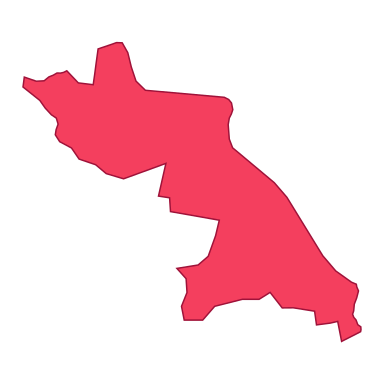 map outline of Valkas (orthographic projection)
{"feature_id": "LVA-1077", "entity_name": "Valkas", "entity_type": "Municipality", "adm_level": 1, "iso_a3": "LVA", "parent_name": "Latvia", "parent_adm1": "", "projection": "orthographic", "projection_center": [25.917, 57.711], "detail": "fine", "context": "isolated", "style": "filled", "palette": "rose", "viewbox_px": 384, "rotation_deg": 0, "n_neighbors": 0, "source": "natural_earth", "source_scale": "10m", "svg_char_len": 1137}
<svg xmlns="http://www.w3.org/2000/svg" viewBox="0 0 384 384"><path d="M116.5,42.6L122.2,42.8L127.8,52.7L131.3,67.0L136.0,81.1L145.4,90.3L224.3,97.3L228.7,99.5L231.5,103.0L232.8,109.7L231.4,113.9L229.3,118.1L228.2,124.6L229.3,139.1L232.6,147.8L274.3,182.7L286.9,197.3L322.8,255.8L335.8,271.0L351.5,282.2L356.3,284.2L356.8,287.0L358.5,290.9L356.7,297.9L354.3,304.2L353.7,310.9L352.6,314.2L353.8,317.4L356.0,319.9L357.8,324.7L360.8,326.8L361.0,329.7L360.6,331.7L341.6,341.4L337.7,321.4L330.3,323.1L316.5,324.9L314.6,311.2L293.3,307.8L282.2,307.9L270.1,292.4L259.1,299.3L242.4,299.3L214.7,306.3L202.7,320.1L184.2,320.1L181.5,306.3L187.0,292.5L186.1,278.7L176.9,268.4L198.1,265.0L208.2,256.3L215.6,235.7L219.3,220.2L170.5,211.6L169.6,197.8L158.5,196.1L165.9,163.4L123.6,178.8L106.2,173.6L95.6,164.7L79.1,159.1L71.5,148.0L59.7,141.7L55.3,134.8L56.1,129.7L58.1,124.1L56.3,118.1L51.4,114.8L45.3,108.2L39.8,100.4L23.0,87.0L24.3,77.1L36.2,81.2L44.1,80.8L48.9,76.9L53.2,75.2L57.0,73.0L60.5,73.1L63.6,72.4L66.8,70.8L78.3,82.9L93.2,84.7L94.7,74.2L96.0,64.2L98.1,48.9L112.3,44.1L116.5,42.6Z" fill="#f43f5e" stroke="#9f1239" stroke-width="1.5"/></svg>